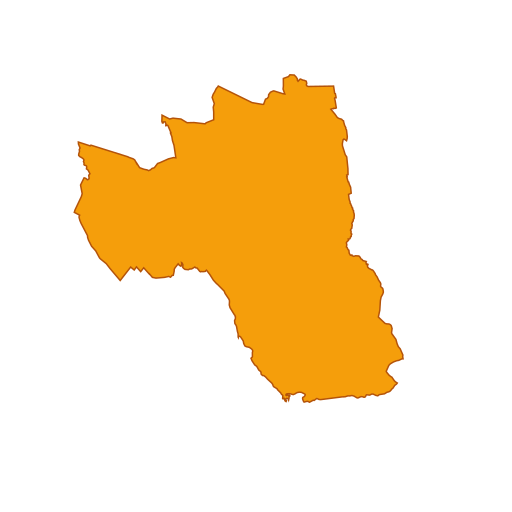 outline of Batarci, Satu Mare, Romania, rotated 64°
{"feature_id": "2599482B29173948913219", "entity_name": "Batarci", "entity_type": "district", "adm_level": 2, "iso_a3": "ROU", "parent_name": "Romania", "parent_adm1": "Satu Mare", "projection": "robinson", "projection_center": [23.175, 48.032], "detail": "fine", "context": "isolated", "style": "filled", "palette": "amber", "viewbox_px": 512, "rotation_deg": 64, "n_neighbors": 0, "source": "geoboundaries", "source_scale": "gbopen_adm2", "svg_char_len": 6109}
<svg xmlns="http://www.w3.org/2000/svg" viewBox="0 0 512 512"><g transform="rotate(64 256 256)"><path d="M432.1,184.7L430.1,185.9L428.5,186.4L424.4,187.0L423.8,187.5L421.6,188.6L417.8,189.5L416.7,189.5L412.5,184.5L411.8,182.5L411.5,178.8L411.8,175.5L412.4,173.4L412.4,170.1L412.9,168.9L410.8,168.3L409.4,167.4L402.7,167.1L400.0,167.8L399.1,167.8L396.5,167.6L392.3,166.8L385.3,168.0L384.2,167.7L380.9,165.5L378.0,165.0L377.0,165.2L375.8,165.9L375.2,166.6L374.3,168.3L373.1,169.6L364.5,172.8L359.0,168.5L350.7,163.8L347.8,161.6L345.8,158.8L344.5,157.5L343.4,157.0L341.3,156.4L340.4,156.4L338.7,157.2L337.8,157.3L335.9,156.1L334.6,155.9L331.2,156.4L328.0,156.3L325.1,156.8L324.0,156.6L320.9,157.0L319.6,157.4L319.2,158.1L318.0,158.8L316.9,159.8L315.1,160.5L313.8,160.2L312.6,159.0L312.2,159.2L312.3,160.1L311.9,160.4L309.4,159.8L309.2,159.4L307.0,161.9L305.6,162.2L304.7,162.9L302.6,163.0L301.1,163.5L299.4,166.5L299.2,168.2L297.7,169.6L297.1,169.4L296.7,170.8L294.4,171.0L291.5,170.0L290.5,170.5L288.4,170.4L287.5,170.8L285.8,169.5L283.7,169.0L282.9,167.7L282.9,167.2L282.3,165.8L281.2,165.7L281.7,164.3L281.1,163.3L280.3,162.7L280.1,162.5L280.2,161.9L279.1,161.3L278.3,160.3L277.4,160.7L275.3,159.6L274.2,159.8L273.5,159.0L273.2,157.9L270.3,155.9L268.6,155.6L268.1,154.6L267.5,154.2L267.1,153.2L265.9,152.7L265.3,151.5L262.4,149.8L260.6,149.2L259.2,149.1L258.3,148.5L256.0,148.7L255.4,148.1L254.3,148.5L253.4,148.2L251.6,148.2L250.7,148.0L250.0,148.3L248.5,147.7L246.2,147.5L244.3,146.9L241.2,145.8L241.3,142.9L236.7,141.2L235.7,140.8L233.0,140.7L233.3,140.8L230.1,140.3L229.8,140.7L224.7,139.8L224.8,139.3L223.0,139.0L223.2,137.6L217.8,135.1L206.7,131.0L204.1,131.4L194.9,130.0L193.0,129.2L189.8,126.9L189.4,125.9L189.8,125.3L192.1,124.1L190.4,122.6L188.7,121.6L182.4,119.4L180.9,119.5L179.9,119.0L177.6,119.1L174.2,118.5L172.9,118.1L172.1,118.7L170.6,119.1L168.7,121.2L167.2,122.2L162.9,122.9L156.9,124.4L157.0,122.9L157.6,121.7L157.3,121.4L158.2,119.6L158.1,118.9L151.2,116.8L148.8,116.3L148.5,116.1L148.4,115.6L148.9,114.7L148.6,114.5L144.9,113.5L144.3,114.0L137.3,111.8L126.5,134.8L125.8,135.5L124.8,135.8L124.0,135.6L123.1,134.7L120.9,134.2L119.0,135.9L118.5,136.8L116.8,138.1L116.3,138.7L117.4,141.6L116.1,141.8L115.2,141.2L112.9,141.4L110.1,142.3L108.0,146.1L109.0,148.2L108.4,153.6L115.3,156.9L117.8,158.5L123.0,159.1L122.0,160.6L115.4,167.6L115.2,168.3L115.1,171.2L116.5,173.9L118.4,175.0L119.3,176.8L119.2,178.7L123.0,182.7L122.4,184.0L116.4,192.3L86.7,215.4L87.3,216.3L88.0,218.2L90.5,221.4L91.8,223.5L94.2,225.9L100.8,226.7L103.5,229.2L108.0,230.9L115.0,234.3L114.4,242.4L114.9,243.8L108.9,253.2L106.0,259.5L100.0,263.4L95.7,270.2L95.0,273.6L88.2,278.7L93.7,281.6L95.4,281.8L95.7,281.1L94.9,280.5L95.5,278.9L97.7,279.0L99.4,280.0L99.5,279.9L99.3,278.7L100.0,278.0L108.0,278.4L108.0,279.0L111.8,279.3L115.7,280.5L120.6,281.2L132.6,285.0L131.4,286.9L130.3,292.1L130.0,301.3L129.7,303.9L131.9,308.3L132.1,309.2L131.7,310.9L132.3,313.1L132.2,315.1L130.9,316.1L128.9,318.7L125.6,321.9L120.3,322.5L120.5,322.7L116.4,322.9L114.7,323.9L111.2,327.4L110.8,327.5L84.0,355.8L84.4,356.5L84.3,356.8L75.7,365.7L77.5,366.5L81.8,366.8L83.0,368.3L84.5,368.7L86.7,370.7L87.9,371.3L89.7,370.7L90.8,369.8L92.8,368.7L93.9,368.5L94.4,368.6L95.5,369.7L96.9,369.7L98.5,370.6L99.3,370.2L100.3,369.1L100.9,368.9L101.9,369.2L103.3,370.2L105.1,369.3L109.3,369.2L109.9,370.6L110.4,371.1L112.7,371.8L113.3,372.2L113.7,373.7L113.5,374.2L111.7,374.9L110.8,375.7L110.4,376.3L115.3,382.6L123.8,384.9L126.1,387.0L135.2,398.4L137.1,400.2L142.0,396.6L142.7,397.5L143.7,398.1L146.7,398.7L149.9,398.9L163.8,398.5L165.5,399.2L168.4,399.6L175.1,399.5L181.2,397.8L189.0,397.5L190.4,397.1L197.3,393.9L203.2,392.7L218.5,388.8L211.0,373.5L215.2,371.6L213.4,368.2L219.5,366.5L217.4,362.1L225.5,359.8L225.4,359.6L229.8,358.5L232.0,355.6L235.1,347.6L236.1,343.4L237.6,342.1L236.7,339.9L237.1,338.8L233.9,336.3L232.0,335.2L231.0,333.7L228.9,329.4L230.7,329.0L232.0,328.2L232.3,327.9L230.8,326.2L229.4,325.8L229.9,325.5L231.7,325.5L234.1,326.8L235.4,326.5L236.9,325.7L238.7,322.8L238.6,321.4L239.3,319.9L239.4,319.1L239.1,315.8L240.3,315.3L241.0,314.2L245.2,313.3L246.0,312.6L246.0,311.9L246.8,310.6L247.5,308.7L247.6,308.2L247.2,307.6L247.0,306.7L252.5,305.6L259.0,304.9L263.8,303.5L264.1,303.2L273.6,300.0L276.2,300.2L282.7,299.3L284.0,299.3L285.5,299.9L288.3,301.5L291.1,302.0L299.3,301.2L300.2,300.9L300.9,301.2L301.6,301.1L303.7,302.3L304.1,303.0L304.7,303.6L307.5,304.6L309.4,304.3L310.8,304.4L315.8,305.8L318.1,306.2L321.1,307.6L321.5,307.6L320.8,307.1L320.6,306.4L321.5,305.5L322.1,305.3L326.7,304.7L329.3,305.4L332.0,305.4L333.2,304.5L335.2,302.0L337.7,300.7L339.0,300.4L340.0,300.6L341.2,301.6L344.8,303.3L345.4,304.1L345.7,305.3L348.4,305.5L353.3,304.9L355.5,303.7L359.7,303.5L361.9,302.5L363.1,302.6L364.1,303.1L364.9,303.1L366.5,302.3L366.9,301.4L369.2,300.3L371.8,299.6L377.2,297.5L378.9,297.3L380.3,297.5L381.2,297.4L384.6,295.2L385.5,295.3L389.9,293.8L391.6,293.7L392.5,293.2L393.2,293.1L395.7,294.5L396.3,294.3L396.0,293.5L396.1,293.1L396.6,292.9L397.1,292.7L397.8,293.3L399.0,293.4L400.0,292.8L399.3,292.0L398.3,292.5L397.5,291.6L397.4,290.6L398.1,289.9L398.6,289.7L399.7,289.8L398.1,288.5L397.1,288.1L396.7,287.3L396.6,286.3L396.3,287.0L395.6,287.2L395.8,287.9L394.8,288.6L394.7,289.9L394.1,290.1L393.5,289.6L393.4,288.5L394.5,286.1L396.9,283.3L397.0,281.0L396.8,279.9L396.8,278.9L397.4,276.7L398.5,274.9L401.4,272.7L402.0,272.5L402.6,272.8L403.2,273.6L403.6,274.7L403.6,275.9L404.1,276.4L405.1,276.8L406.9,277.0L408.0,277.0L408.4,276.8L408.9,274.2L409.3,273.2L410.9,272.0L410.7,267.8L411.3,267.1L410.7,264.0L411.0,263.5L412.6,262.2L413.4,260.9L420.4,240.3L421.6,237.6L422.0,234.7L422.9,233.0L423.2,231.6L423.6,230.7L424.8,229.4L427.9,227.3L428.3,226.5L428.4,223.3L429.3,221.8L430.2,221.0L430.6,220.1L430.2,219.0L429.4,218.1L429.2,217.5L430.8,214.9L430.9,214.3L430.8,212.7L431.4,211.3L433.8,209.4L435.0,207.9L435.0,207.3L434.7,206.6L434.8,205.4L436.2,200.9L435.9,198.0L436.3,196.2L436.3,195.0L435.6,193.1L435.2,192.5L434.8,190.8L433.1,188.0L432.7,185.8L432.1,184.7Z" fill="#f59e0b" stroke="#b45309" stroke-width="1.5"/></g></svg>